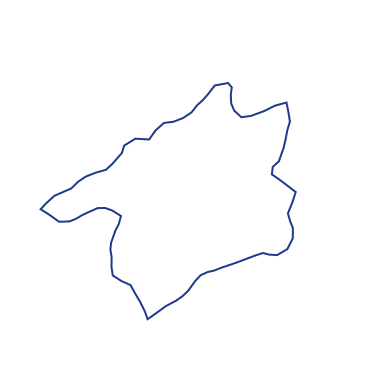 Cândido Rodrigues, São Paulo, Brazil (Natural Earth projection), rotated 37°
{"feature_id": "56859067B92304644979095", "entity_name": "Cândido Rodrigues", "entity_type": "district", "adm_level": 2, "iso_a3": "BRA", "parent_name": "Brazil", "parent_adm1": "São Paulo", "projection": "natural_earth1", "projection_center": [-48.632, -21.34], "detail": "fine", "context": "isolated", "style": "outline", "palette": "blue", "viewbox_px": 384, "rotation_deg": 37, "n_neighbors": 0, "source": "geoboundaries", "source_scale": "gbopen_adm2", "svg_char_len": 1223}
<svg xmlns="http://www.w3.org/2000/svg" viewBox="0 0 384 384"><g transform="rotate(37 192 192)"><path d="M298.0,191.1L302.5,180.2L300.4,168.4L294.3,160.1L288.0,156.3L281.5,151.4L278.3,139.6L274.8,129.6L262.4,129.5L252.6,129.5L245.2,129.9L241.4,123.4L242.9,115.2L238.6,101.6L235.0,93.5L230.9,85.2L227.8,76.8L220.4,69.7L213.6,63.7L206.3,73.1L201.0,83.8L193.3,95.8L186.3,102.6L176.8,101.6L170.1,97.8L164.3,90.8L160.8,84.5L155.1,83.3L150.6,88.3L146.1,93.2L145.9,105.0L145.3,112.5L143.9,119.3L143.7,128.7L140.4,138.2L135.0,146.9L128.0,153.8L125.8,165.0L126.2,175.8L114.6,183.6L109.9,195.8L112.5,202.9L111.5,217.4L109.9,226.1L103.6,234.3L97.8,243.8L94.9,252.2L93.4,261.9L89.2,269.3L84.4,277.8L82.3,288.9L81.5,296.9L90.2,296.1L103.8,295.7L111.8,289.3L115.3,283.6L118.2,276.6L121.7,269.9L126.4,261.6L132.3,257.0L139.4,254.8L149.7,253.9L152.8,261.6L154.1,269.1L157.9,281.2L161.4,287.0L167.2,292.6L172.7,300.2L178.9,306.3L189.2,305.6L199.0,303.3L206.3,306.7L217.2,311.2L226.1,315.7L233.1,320.3L236.6,309.4L239.8,298.8L244.7,288.4L247.1,280.9L248.4,273.0L248.1,261.3L249.0,253.2L252.6,246.6L256.9,241.5L261.8,233.6L268.5,223.9L280.9,204.4L285.4,198.0L291.1,195.7L298.0,191.1Z" fill="none" stroke="#1e3a8a" stroke-width="2"/></g></svg>